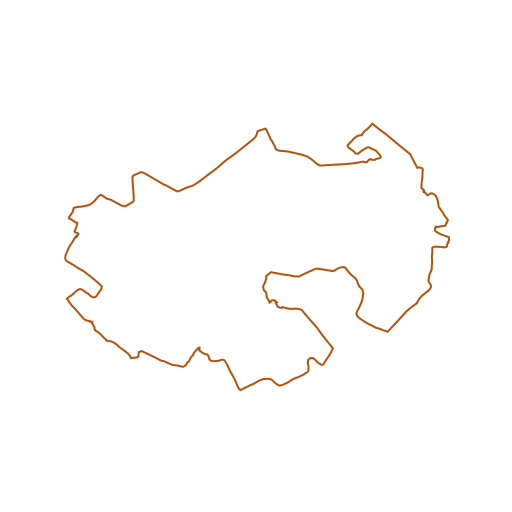 outline of Boulkiemde, Boulkiemdé, Burkina Faso, rotated 63°
{"feature_id": "67063806B25202403935187", "entity_name": "Boulkiemde", "entity_type": "district", "adm_level": 2, "iso_a3": "BFA", "parent_name": "Burkina Faso", "parent_adm1": "Boulkiemdé", "projection": "equal_earth", "projection_center": [-2.114, 12.316], "detail": "fine", "context": "isolated", "style": "outline", "palette": "amber", "viewbox_px": 512, "rotation_deg": 63, "n_neighbors": 0, "source": "geoboundaries", "source_scale": "gbopen_adm2", "svg_char_len": 6079}
<svg xmlns="http://www.w3.org/2000/svg" viewBox="0 0 512 512"><g transform="rotate(63 256 256)"><path d="M326.8,75.6L323.8,78.5L321.0,81.1L318.9,82.6L317.0,83.9L315.7,84.6L315.0,84.8L314.2,84.8L313.5,84.6L312.9,84.2L312.4,83.7L312.3,82.4L311.7,82.3L312.7,80.6L313.9,76.2L315.0,73.6L313.2,71.6L312.9,71.3L312.9,70.7L311.5,69.5L311.3,68.9L310.5,68.7L305.4,69.8L302.0,69.8L298.2,70.5L295.1,70.8L289.6,69.1L286.7,68.5L283.9,68.5L282.4,69.0L280.0,70.7L279.5,72.1L279.5,73.0L279.8,73.9L279.9,74.4L279.6,75.8L276.2,76.5L275.2,77.6L274.6,77.5L274.3,76.8L273.9,76.5L273.3,76.5L272.4,77.2L271.3,77.2L271.1,77.6L270.0,77.5L266.2,75.3L261.3,71.9L256.4,69.3L255.2,68.4L254.4,68.0L253.4,68.0L251.6,69.7L250.8,71.2L250.7,72.2L243.1,72.4L235.3,72.4L220.1,79.1L205.4,85.4L199.9,88.3L190.9,92.2L192.5,96.2L193.4,99.3L194.0,102.5L194.8,104.6L196.3,106.7L196.3,107.2L195.4,109.3L195.1,112.5L196.4,117.3L197.0,118.4L198.2,122.3L198.6,122.8L198.7,123.5L199.2,124.3L201.1,124.4L206.5,121.7L209.6,120.7L210.2,120.2L210.8,119.4L211.2,118.3L210.8,117.3L210.2,114.3L209.8,109.1L209.9,106.8L210.4,106.1L213.0,104.3L215.3,102.3L217.1,101.1L222.5,99.8L224.1,99.7L224.9,100.8L224.9,101.7L224.1,104.8L224.0,105.5L224.3,106.6L222.6,109.4L221.7,109.9L221.4,111.5L222.0,112.3L222.0,113.1L222.7,114.3L222.7,114.8L222.2,115.5L222.1,116.2L221.8,116.3L220.7,117.4L220.0,119.0L219.2,122.5L217.9,126.4L214.8,134.5L210.9,143.2L205.2,156.4L204.1,158.3L201.2,160.1L194.4,162.9L190.6,165.2L186.7,169.0L177.6,179.8L172.7,187.5L170.9,189.2L169.9,189.8L166.9,189.4L163.6,189.6L161.8,189.4L159.2,189.9L148.1,189.4L146.8,189.6L145.8,195.5L145.8,198.0L146.1,198.5L148.6,200.8L149.6,202.4L150.8,205.5L151.3,208.7L152.4,213.3L155.3,227.7L156.2,233.4L157.0,239.2L160.0,251.1L163.7,272.1L164.4,277.5L164.6,280.0L163.5,287.5L163.3,294.6L162.9,296.3L162.4,297.1L152.8,303.7L149.9,306.1L132.9,316.9L130.7,318.6L129.1,320.2L128.9,321.6L128.7,329.0L129.2,330.0L133.7,332.2L146.6,337.6L150.0,339.2L151.0,339.8L151.7,340.7L152.0,342.4L152.3,348.6L152.3,350.0L151.8,350.9L150.2,352.8L140.2,359.7L137.0,363.0L131.9,365.8L131.1,366.6L131.0,367.3L131.5,369.8L133.5,374.4L134.2,376.7L134.6,378.5L134.8,382.0L132.7,389.3L131.3,392.6L130.7,394.9L130.5,396.3L130.7,396.9L133.4,399.2L135.5,402.9L136.4,404.9L136.8,404.9L137.9,405.5L139.3,404.1L144.3,401.4L144.8,400.4L145.4,400.3L146.0,400.5L149.4,403.7L150.7,405.4L151.7,406.4L152.3,406.6L154.4,404.8L155.7,404.2L156.3,405.1L157.4,407.1L156.8,407.1L157.7,409.3L160.4,413.6L163.1,418.4L168.9,425.4L171.3,427.0L173.5,427.4L174.6,427.0L180.3,423.3L186.1,419.9L190.8,416.7L196.2,414.1L201.5,411.7L208.4,408.8L213.1,407.1L215.2,408.8L215.9,410.2L219.2,416.2L219.6,417.9L219.4,418.9L218.9,419.9L217.7,420.8L216.5,421.6L213.5,422.6L211.2,424.0L207.3,426.0L206.3,426.9L205.8,427.5L205.3,428.8L205.4,430.4L206.1,433.9L206.8,435.9L207.4,439.0L207.4,440.8L208.3,444.0L209.1,443.6L212.3,443.3L215.7,442.8L222.1,440.9L233.2,438.2L234.7,437.6L236.8,435.9L238.0,434.3L238.8,433.4L239.3,433.6L240.2,431.7L242.0,432.7L243.9,432.4L244.8,432.6L246.1,432.3L247.0,432.5L247.8,433.0L248.7,433.2L249.6,432.7L249.9,432.7L252.5,431.1L255.2,429.9L258.6,429.1L262.1,427.6L263.6,427.6L264.3,426.8L264.8,425.9L266.7,423.4L268.4,422.1L271.7,420.3L273.0,419.7L274.4,419.5L281.3,415.9L284.1,414.6L287.5,413.6L290.0,413.8L290.3,413.5L292.3,408.1L292.5,407.3L291.8,406.3L288.8,404.3L288.5,403.8L288.8,401.0L297.0,394.7L306.8,387.5L307.4,386.3L308.4,385.4L315.1,380.0L317.9,375.7L321.2,371.9L321.7,370.8L321.4,368.9L321.5,367.9L321.0,367.2L319.7,365.9L319.7,364.4L316.2,358.9L315.6,356.8L314.5,356.0L312.4,351.1L311.9,349.7L312.0,347.9L312.4,348.0L313.6,349.3L314.4,349.0L314.9,349.1L318.2,347.5L320.9,345.3L321.5,344.2L321.9,344.1L323.2,343.7L326.0,344.3L326.8,344.4L327.1,344.2L327.5,344.4L328.9,343.6L330.1,342.3L331.8,338.6L332.0,337.7L332.6,336.3L332.6,335.1L333.1,332.9L334.1,331.8L335.2,331.3L340.4,331.0L346.6,331.4L351.0,331.1L358.3,331.0L363.2,331.5L366.4,331.5L368.4,330.8L368.5,319.8L368.8,316.3L368.5,309.9L368.9,305.9L369.5,304.1L370.3,302.1L371.6,299.8L372.8,298.6L374.3,297.7L375.8,297.3L377.8,296.6L380.6,295.2L381.9,294.1L382.4,293.0L382.9,291.1L383.1,285.2L382.5,278.7L383.0,274.4L383.2,269.8L383.2,267.1L382.8,264.6L382.8,263.1L382.2,261.9L381.8,261.4L379.0,259.6L376.9,259.0L375.3,258.7L373.8,257.8L372.5,256.9L372.0,256.0L371.7,255.0L371.7,253.6L372.4,252.1L373.7,250.9L379.5,249.1L382.0,247.6L382.9,246.7L383.1,246.1L383.1,245.4L382.8,244.4L381.7,242.9L377.7,235.7L375.3,231.9L374.3,230.9L373.2,229.4L356.9,232.8L346.9,234.3L334.8,237.5L327.3,239.2L325.3,239.5L323.6,240.7L321.6,243.2L319.3,248.1L317.5,251.2L313.7,255.4L313.9,256.4L313.6,256.6L313.5,257.2L312.9,258.2L311.1,259.7L309.8,259.5L308.8,259.8L306.7,259.6L306.7,258.5L304.2,259.4L302.9,261.3L302.8,262.3L303.5,263.8L303.6,265.2L302.4,264.9L301.3,264.8L298.7,265.1L297.0,265.0L294.6,264.0L292.7,263.6L290.1,264.5L288.3,264.2L287.0,263.7L285.9,263.0L282.9,259.1L281.7,258.2L280.7,257.0L279.6,256.4L278.6,256.3L277.2,250.3L277.4,249.8L284.8,240.2L288.5,234.8L291.7,230.8L293.8,227.0L293.9,219.2L294.4,209.6L294.7,207.9L296.0,205.8L304.2,194.5L304.5,193.5L304.6,192.4L304.3,188.8L304.5,186.3L305.1,184.3L306.0,182.6L306.7,181.7L308.7,181.5L310.4,181.0L312.0,180.9L315.9,179.8L321.0,177.5L323.9,177.2L325.8,177.6L330.2,177.7L331.8,177.1L334.0,176.5L335.4,176.7L338.4,177.6L343.0,180.9L344.8,182.7L348.5,187.2L350.8,190.5L351.8,191.7L353.0,192.7L354.7,193.0L356.8,192.6L358.7,191.9L364.1,188.9L367.7,186.6L372.1,183.2L373.9,182.1L377.5,178.4L380.1,176.3L382.4,173.7L383.3,173.1L383.2,172.5L382.8,171.7L381.2,167.6L380.3,164.8L378.9,160.9L373.6,147.1L372.5,142.6L371.4,135.7L370.9,133.9L370.1,132.9L367.9,129.0L366.7,125.8L365.0,117.6L363.9,115.3L363.0,114.1L362.2,113.6L361.1,113.4L358.4,113.7L356.3,113.7L351.1,109.6L349.1,107.1L347.4,105.3L345.2,104.2L341.5,101.8L336.5,99.7L333.4,97.6L328.7,95.2L328.5,94.2L328.6,93.2L329.3,91.6L332.0,86.8L333.4,85.0L334.1,83.6L334.3,83.0L334.3,82.4L334.3,81.9L333.8,81.1L332.6,80.5L331.0,78.9L331.4,78.5L330.7,78.0L329.6,76.9L328.3,76.2L327.8,76.3L326.8,75.6Z" fill="none" stroke="#b45309" stroke-width="2"/></g></svg>